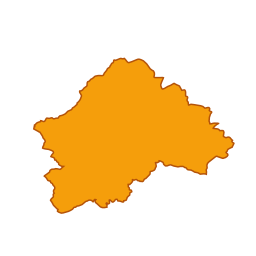 the district of Pac Nam, Bắc Kạn, Vietnam, rotated 72°
{"feature_id": "81297802B12739753000309", "entity_name": "Pac Nam", "entity_type": "district", "adm_level": 2, "iso_a3": "VNM", "parent_name": "Vietnam", "parent_adm1": "Bắc Kạn", "projection": "equal_earth", "projection_center": [105.684, 22.609], "detail": "fine", "context": "isolated", "style": "filled", "palette": "amber", "viewbox_px": 256, "rotation_deg": 72, "n_neighbors": 0, "source": "geoboundaries", "source_scale": "gbopen_adm2", "svg_char_len": 5883}
<svg xmlns="http://www.w3.org/2000/svg" viewBox="0 0 256 256"><g transform="rotate(72 128 128)"><path d="M196.8,172.5L195.9,172.3L195.0,171.8L194.3,171.8L193.4,172.2L193.0,172.1L192.7,171.7L192.7,171.3L192.9,171.1L194.0,170.8L194.1,170.1L194.0,169.3L193.7,168.8L193.3,168.6L191.3,168.3L190.8,168.1L190.8,167.9L190.8,167.5L191.3,167.0L192.9,166.3L193.6,165.7L193.8,165.2L193.7,164.7L193.1,163.2L192.2,162.2L192.1,161.4L192.5,160.4L194.2,160.2L195.1,158.2L196.7,156.1L196.9,155.3L196.8,155.0L196.6,154.8L195.9,154.5L196.1,152.9L196.1,152.4L196.0,151.9L193.7,150.1L192.9,148.6L192.3,147.1L190.3,146.3L189.8,144.1L189.1,144.0L188.2,144.1L187.2,145.7L186.8,145.7L185.4,145.3L184.8,145.5L184.2,145.9L183.8,145.9L183.1,145.5L182.3,145.5L181.7,145.3L181.8,144.8L182.3,143.9L182.3,143.6L181.8,143.0L181.4,141.8L180.9,141.3L180.5,140.5L180.0,140.1L179.5,139.9L178.7,139.9L178.5,139.6L178.6,139.3L179.3,138.8L179.5,138.2L179.4,137.0L179.5,136.3L179.7,135.8L181.0,135.0L181.3,134.7L181.5,133.9L182.6,133.0L182.6,132.2L183.2,131.4L183.4,130.9L183.3,130.1L183.0,129.6L181.7,128.3L181.5,126.6L178.9,121.6L178.1,121.1L176.4,120.4L176.3,119.8L176.5,118.0L176.2,116.1L175.8,115.4L175.2,114.8L174.2,114.1L173.5,113.2L172.8,112.9L171.5,112.7L169.5,112.6L169.4,112.0L169.9,111.4L170.0,110.6L169.6,108.8L168.8,108.5L169.3,107.5L171.5,105.3L172.0,105.2L173.2,105.3L173.7,105.2L175.5,104.2L175.8,103.6L176.1,102.3L176.0,100.7L176.1,99.2L176.4,98.5L178.3,96.2L180.4,92.5L180.7,90.2L181.5,87.7L181.9,87.1L183.0,86.4L183.3,86.0L183.6,85.3L184.2,84.9L185.7,84.4L186.3,83.8L187.5,81.1L188.6,79.9L190.5,78.3L192.3,75.2L194.2,73.6L194.9,70.4L195.6,68.6L196.2,67.8L194.0,66.9L192.1,66.6L191.5,66.2L190.7,65.3L189.8,64.9L188.5,64.7L187.3,64.2L186.1,63.1L185.3,61.7L184.3,59.0L182.4,53.8L182.2,52.9L182.4,52.1L183.3,51.1L185.9,47.6L186.2,47.0L186.2,44.4L185.6,42.5L184.7,41.4L184.1,41.3L183.5,41.3L182.3,42.1L181.5,42.3L181.4,42.2L181.1,41.8L180.9,41.1L179.3,39.8L178.9,38.5L178.5,35.8L178.5,35.0L175.5,32.1L175.2,32.0L174.0,33.0L173.5,33.2L172.9,33.3L172.5,33.1L172.0,32.4L171.3,32.9L168.7,34.0L167.8,34.9L167.5,36.1L167.5,37.8L166.5,39.0L165.6,39.7L165.2,39.8L161.8,38.1L160.4,38.1L159.9,38.4L159.6,39.0L158.8,41.6L158.0,41.8L157.1,42.4L156.4,43.4L154.7,47.1L154.3,46.9L153.1,45.1L152.1,42.6L151.8,40.9L151.6,40.6L151.2,41.2L150.1,44.3L149.8,45.8L149.8,47.1L149.5,48.3L149.4,48.8L149.0,48.9L148.0,48.6L147.0,48.8L146.4,48.7L143.0,47.3L141.9,46.5L140.1,45.2L139.2,43.8L138.7,43.5L138.2,43.7L137.2,44.9L136.5,45.3L135.2,44.4L134.7,44.3L133.6,44.7L133.2,45.6L133.0,48.1L132.8,48.8L130.7,50.1L129.3,52.0L126.2,58.0L124.9,60.8L124.9,61.2L125.0,62.6L125.0,63.1L124.7,63.3L122.0,62.8L120.5,63.3L119.5,63.2L117.7,61.9L117.0,61.8L116.6,61.9L116.3,62.1L116.0,62.8L115.4,63.2L115.0,63.2L111.9,62.2L110.6,62.0L109.6,62.2L109.2,62.6L108.8,65.2L104.0,66.1L103.1,67.0L101.8,68.5L99.8,70.4L99.9,71.2L100.6,74.4L100.8,77.4L101.6,80.9L101.7,82.9L101.0,83.6L98.3,83.8L96.7,83.4L94.4,81.6L91.7,79.2L91.1,78.8L90.8,79.3L88.7,85.9L88.2,87.1L87.9,87.4L87.4,87.5L85.5,86.4L83.8,85.9L82.5,86.0L81.6,86.2L80.7,87.1L78.6,88.6L72.8,90.4L68.9,92.6L67.0,94.6L66.1,96.0L65.7,97.1L65.7,98.5L66.1,103.7L66.1,105.8L66.1,106.9L65.8,107.6L64.8,108.3L61.8,109.4L60.6,110.1L60.7,110.7L60.7,111.3L60.3,112.2L59.7,113.1L59.5,113.9L59.8,118.2L59.7,119.1L59.2,119.8L59.1,120.4L59.4,120.7L60.9,121.5L61.3,122.0L61.4,123.1L61.9,124.0L62.6,124.6L63.3,125.7L64.2,126.3L64.7,127.3L65.0,128.6L65.3,129.3L66.0,129.9L66.7,130.7L68.1,132.9L68.5,133.6L70.1,135.0L70.3,135.7L70.1,136.9L69.5,138.3L68.9,140.3L68.7,142.1L68.6,143.1L68.8,144.0L69.3,144.9L70.0,146.8L70.2,148.3L71.4,150.2L71.6,152.1L72.5,152.9L74.9,153.8L75.5,154.5L76.5,157.6L77.6,159.1L78.1,160.6L78.1,161.6L77.9,162.5L78.5,162.8L79.2,162.9L82.5,162.2L83.6,162.6L86.0,164.5L87.2,166.0L88.2,167.8L88.6,168.8L89.5,169.0L90.0,169.5L90.4,170.7L91.1,172.0L91.5,173.2L91.8,174.6L92.7,175.5L93.1,176.2L93.5,180.1L95.0,182.9L95.3,184.0L95.6,186.7L95.4,189.1L96.2,190.6L96.9,191.3L96.9,192.0L96.5,193.1L96.4,194.0L96.5,194.9L96.2,196.0L95.7,196.5L95.0,196.9L94.6,197.8L94.6,199.6L94.0,201.2L93.5,202.0L93.7,202.8L95.5,204.7L95.9,205.6L95.7,206.4L95.2,207.2L94.4,208.0L94.1,208.7L94.5,208.7L94.9,209.3L94.8,211.4L94.9,212.4L95.0,213.1L95.6,214.3L96.2,215.3L96.8,215.9L97.1,216.0L96.7,216.2L99.8,217.9L103.6,214.3L104.2,213.9L104.7,213.1L109.1,211.9L111.4,211.8L112.9,211.1L114.1,210.8L115.0,210.8L115.5,211.0L116.5,212.5L118.1,213.3L119.8,214.9L120.7,215.4L121.1,215.1L122.2,213.4L123.9,209.9L125.8,207.6L126.6,206.8L127.3,206.4L128.4,206.5L129.0,207.1L129.8,208.5L131.3,210.2L131.5,210.1L132.8,208.3L134.0,207.3L135.2,207.5L135.8,207.5L136.0,207.4L136.3,206.5L136.6,206.2L137.5,206.2L138.1,206.0L138.5,205.8L139.0,205.2L139.3,205.0L139.8,204.9L140.9,205.1L141.2,205.1L142.1,204.6L144.0,202.8L144.3,201.9L144.6,201.2L145.3,202.9L145.9,203.9L146.3,205.0L146.3,205.5L144.8,208.2L144.3,209.5L144.3,210.9L143.7,213.1L143.8,213.9L144.1,214.9L144.4,215.4L145.7,216.3L145.8,216.6L147.0,220.1L147.6,222.2L147.9,222.5L149.2,221.6L150.4,221.1L153.1,220.4L154.1,219.1L154.3,218.4L156.1,218.3L156.5,217.9L157.5,217.1L158.9,217.0L161.0,216.1L161.5,216.0L162.2,216.1L162.6,216.4L163.2,216.5L163.5,216.8L164.0,217.7L164.6,218.2L165.1,218.4L166.2,218.6L167.2,218.3L167.7,219.3L168.2,219.7L170.3,220.2L170.5,220.4L171.8,223.0L172.7,224.0L173.0,224.0L175.1,223.3L178.5,222.7L182.3,220.8L182.8,220.6L183.8,219.7L185.2,220.8L185.4,220.8L186.6,219.9L188.3,217.8L188.7,216.0L188.9,210.3L188.6,208.1L188.1,205.9L187.0,204.2L186.8,203.7L187.1,202.4L186.9,201.7L186.5,200.6L186.8,199.1L186.8,198.3L186.6,195.3L184.9,191.1L184.8,190.4L184.9,189.3L184.6,188.1L184.6,187.2L184.9,186.3L185.1,185.9L185.5,185.3L186.3,184.6L187.1,184.3L187.4,184.0L187.3,183.8L186.2,182.7L185.7,181.6L186.2,180.7L187.2,181.9L188.8,181.9L190.7,180.7L194.5,178.6L195.7,177.1L196.4,175.2L196.8,172.5Z" fill="#f59e0b" stroke="#b45309" stroke-width="1.5"/></g></svg>